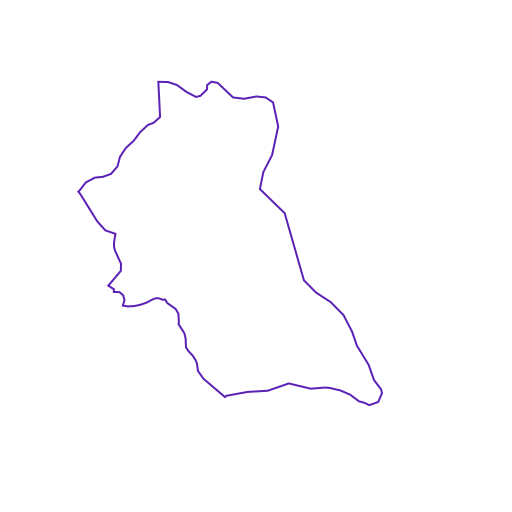 outline of Ordu, rotated 221°
{"feature_id": "TUR-2293", "entity_name": "Ordu", "entity_type": "Province", "adm_level": 1, "iso_a3": "TUR", "parent_name": "Turkey", "parent_adm1": "", "projection": "robinson", "projection_center": [37.565, 40.74], "detail": "fine", "context": "isolated", "style": "outline", "palette": "violet", "viewbox_px": 512, "rotation_deg": 221, "n_neighbors": 0, "source": "natural_earth", "source_scale": "10m", "svg_char_len": 1333}
<svg xmlns="http://www.w3.org/2000/svg" viewBox="0 0 512 512"><g transform="rotate(221 256 256)"><path d="M186.8,129.2L215.3,128.9L224.4,131.2L230.3,136.3L233.1,137.7L238.5,139.3L244.5,139.9L248.9,141.1L255.0,147.6L259.4,150.7L269.9,153.8L270.8,155.5L276.8,161.6L281.9,163.3L292.1,162.3L296.1,163.5L297.6,161.8L301.2,160.5L303.1,159.2L305.0,156.7L308.3,148.4L311.3,143.3L315.1,138.3L319.5,134.0L324.0,131.2L326.2,136.3L330.4,139.2L335.3,139.2L339.7,135.6L341.4,137.7L348.0,136.7L348.3,156.2L352.8,161.6L366.0,167.6L369.5,170.1L372.1,173.2L376.6,180.5L386.5,176.5L398.5,178.0L429.3,187.5L432.3,188.0L432.1,189.2L432.7,200.0L429.0,209.5L423.5,215.3L419.3,222.8L419.3,232.7L423.7,241.6L425.1,252.1L423.9,262.8L424.7,273.3L423.6,283.7L420.6,289.6L419.6,298.0L444.0,323.4L436.5,329.6L427.8,333.2L416.1,334.2L405.6,336.7L403.0,340.5L402.3,349.6L405.0,353.0L404.0,358.3L398.5,361.5L377.3,360.6L368.1,366.9L360.4,376.6L352.8,382.0L343.9,383.1L324.2,368.3L310.1,342.8L305.5,324.1L297.0,309.1L262.4,307.1L203.9,269.1L186.7,267.8L169.4,270.2L151.2,268.8L134.2,262.1L121.0,254.5L99.7,247.8L85.6,239.8L74.1,237.4L70.9,235.1L68.0,226.0L72.6,217.8L78.0,216.3L83.0,213.9L94.0,213.1L104.1,209.9L113.6,204.9L117.4,202.2L127.6,191.8L147.7,181.3L158.8,161.9L173.2,147.9L186.7,131.0L186.8,129.2Z" fill="none" stroke="#5b21b6" stroke-width="2"/></g></svg>